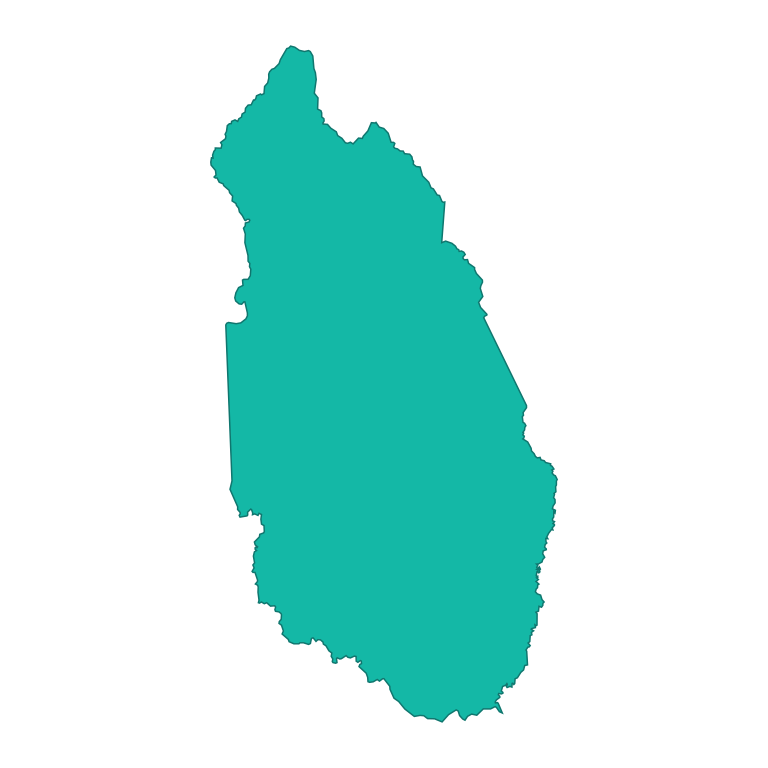 outline of Calobre, Veraguas, Panama
{"feature_id": "35544464B72055613867107", "entity_name": "Calobre", "entity_type": "district", "adm_level": 2, "iso_a3": "PAN", "parent_name": "Panama", "parent_adm1": "Veraguas", "projection": "natural_earth1", "projection_center": [-80.825, 8.387], "detail": "fine", "context": "isolated", "style": "filled", "palette": "teal", "viewbox_px": 768, "rotation_deg": 0, "n_neighbors": 0, "source": "geoboundaries", "source_scale": "gbopen_adm2", "svg_char_len": 6104}
<svg xmlns="http://www.w3.org/2000/svg" viewBox="0 0 768 768"><path d="M557.2,479.5L555.4,475.8L553.6,474.9L552.1,472.9L552.9,471.2L551.8,470.0L553.9,469.0L552.0,466.2L550.5,465.4L550.7,463.8L545.6,462.5L544.2,460.7L541.0,459.9L540.1,457.4L537.3,457.9L535.4,456.4L534.2,453.8L531.5,450.9L531.1,448.2L527.7,442.0L522.8,438.9L523.8,438.0L524.3,436.2L522.8,434.8L523.7,433.1L522.9,432.4L524.6,429.9L524.8,427.4L525.9,425.7L524.6,423.3L523.0,422.3L522.3,416.7L523.5,415.3L523.1,412.6L526.5,407.7L526.5,405.6L483.7,317.7L484.8,316.1L486.8,315.1L486.9,314.3L480.6,307.5L478.6,302.3L482.8,296.5L480.3,288.5L480.8,285.8L482.5,282.2L482.4,280.1L476.4,273.5L474.6,269.5L474.6,267.6L468.6,263.4L467.5,259.6L464.4,259.8L463.1,258.6L463.0,257.0L465.2,254.5L463.8,252.2L461.5,251.0L459.2,251.4L458.7,249.7L456.9,248.8L455.5,246.2L451.9,243.3L445.6,241.1L441.7,242.7L444.8,202.0L443.2,202.3L441.9,201.4L439.5,195.5L437.2,195.0L433.4,188.9L431.0,187.8L428.8,182.3L422.5,175.9L420.1,167.0L416.1,166.5L413.3,164.2L413.5,161.3L412.5,160.0L411.9,156.8L409.7,154.2L404.6,153.7L403.2,151.1L400.2,151.0L397.5,148.9L394.7,148.2L393.6,146.9L394.8,143.4L393.6,142.4L391.1,142.3L388.2,133.2L383.8,128.5L379.2,127.1L376.0,122.4L375.4,123.0L371.4,122.7L367.9,130.9L363.2,136.3L362.4,138.4L358.5,138.1L353.1,143.9L350.4,142.2L347.8,143.3L345.4,142.8L341.9,138.3L337.7,135.6L336.3,131.8L330.8,128.2L327.5,124.4L323.1,124.0L322.9,123.1L324.1,121.0L323.9,118.7L321.7,116.9L321.7,112.9L320.9,110.7L317.6,109.1L318.0,97.9L314.3,93.2L316.2,79.5L315.4,72.7L313.9,68.5L312.8,56.0L310.3,51.6L308.6,50.6L304.5,51.5L299.4,50.4L294.8,47.2L290.6,46.1L288.8,48.0L286.8,48.6L280.4,59.6L279.1,63.6L274.4,68.4L271.8,69.3L269.6,71.8L268.7,74.2L268.8,78.0L267.7,82.9L264.6,86.4L264.0,93.6L261.6,94.8L260.5,94.0L256.5,95.8L255.8,98.6L254.5,100.2L253.5,100.0L251.2,104.8L248.1,105.1L245.5,108.3L245.1,112.1L242.1,114.0L241.5,117.1L238.8,118.8L237.7,121.4L235.0,119.9L231.6,121.4L231.3,123.6L229.3,123.8L227.3,125.6L226.5,131.5L225.1,134.3L225.9,136.1L225.5,138.7L220.6,142.5L221.9,144.7L221.1,148.2L215.3,148.0L215.3,149.7L213.9,151.3L212.6,155.1L213.0,158.1L211.5,157.8L210.8,162.1L211.1,165.1L215.5,170.5L216.0,175.0L214.1,177.0L215.3,178.0L217.1,178.0L219.2,182.2L223.2,183.9L223.7,185.6L229.1,190.3L229.6,192.7L232.6,196.0L232.1,200.9L236.0,203.5L236.4,205.3L238.6,208.1L239.4,211.9L242.3,215.5L244.8,220.2L245.7,220.6L246.9,219.4L249.1,219.3L249.8,220.2L249.0,222.0L245.4,223.0L245.2,226.0L243.5,228.2L245.3,234.0L244.9,242.7L248.0,255.5L248.1,261.2L249.8,263.4L249.5,266.7L250.8,269.2L250.3,275.7L248.1,279.3L243.6,279.4L242.5,280.1L243.0,285.4L238.6,287.6L235.9,292.8L234.8,297.8L235.7,301.0L239.1,303.9L241.7,304.2L244.0,301.8L244.9,301.9L247.4,313.0L247.4,315.9L245.9,318.9L240.8,322.9L236.2,323.7L228.5,322.5L226.7,323.3L225.8,325.0L232.0,480.9L230.0,489.3L237.7,506.8L237.6,509.5L240.1,512.4L240.2,513.9L239.2,515.3L240.0,517.1L247.0,515.9L247.7,515.0L247.6,512.1L250.8,509.1L251.6,509.7L252.7,513.0L252.5,514.7L254.7,513.9L258.0,515.4L259.0,513.3L261.5,514.5L260.9,519.2L261.5,524.1L264.0,525.6L264.3,531.6L263.6,532.9L259.8,534.3L259.4,536.9L254.4,542.0L255.2,544.8L257.6,546.9L256.9,547.8L255.8,547.2L255.1,547.8L255.2,549.3L256.5,550.5L254.4,551.9L253.4,556.1L254.6,562.9L252.9,565.0L254.1,567.9L252.1,571.4L253.0,572.4L255.0,572.4L257.6,580.2L257.4,581.6L255.4,584.0L257.6,585.2L258.2,586.9L258.0,592.3L259.0,600.2L258.4,602.7L259.5,603.1L261.4,602.0L264.3,603.7L266.7,602.7L270.5,606.1L274.7,605.8L275.6,607.0L274.9,609.7L275.5,611.3L279.0,611.9L281.0,613.5L281.5,614.8L281.2,619.4L279.3,621.5L279.0,623.4L281.5,625.2L283.4,631.0L282.1,634.0L288.3,639.4L289.1,641.7L293.9,643.8L298.9,643.8L300.0,642.8L303.5,642.8L308.6,644.4L310.4,643.5L311.3,638.9L312.2,638.0L313.3,638.0L316.0,641.4L317.8,639.7L320.4,639.8L323.0,642.1L323.4,644.1L326.0,645.8L328.9,650.8L331.8,653.0L331.2,656.3L332.8,659.0L332.3,661.6L333.0,662.6L335.7,663.2L337.0,662.6L336.5,658.8L337.2,657.8L339.8,659.0L341.4,658.7L346.1,655.6L347.9,657.3L350.4,657.9L354.4,656.1L356.1,656.5L356.2,661.2L357.9,662.3L360.3,660.6L361.3,661.1L361.5,663.6L359.8,664.5L359.0,666.6L366.2,673.2L367.7,677.4L368.0,681.7L369.6,682.3L373.2,681.8L377.2,679.5L379.5,681.1L382.7,678.7L383.9,678.7L389.8,686.3L390.0,689.3L394.0,698.2L398.7,701.5L404.8,709.0L414.3,716.4L420.1,715.4L423.8,715.7L427.6,718.6L434.6,718.8L442.1,721.9L448.6,714.6L456.2,709.9L458.2,711.0L459.6,715.6L462.7,719.0L465.0,720.2L467.6,716.3L471.6,714.1L476.8,715.2L483.3,708.9L490.6,708.9L495.1,706.6L496.5,707.5L499.4,711.7L502.3,713.0L498.2,703.3L497.5,702.6L495.4,702.9L495.2,702.0L496.4,699.9L499.8,697.4L499.8,696.4L498.3,694.8L498.7,693.5L501.5,693.9L502.9,693.2L502.9,692.4L501.3,691.0L502.6,686.5L505.9,685.1L506.9,683.6L507.3,684.3L506.4,686.5L507.1,687.5L510.0,686.4L511.9,687.1L512.1,683.4L512.8,683.2L513.8,684.5L514.7,683.6L515.1,678.7L517.4,677.8L520.8,672.4L523.6,669.9L524.7,665.5L527.5,664.9L526.7,651.2L526.0,650.0L527.8,647.2L529.2,646.9L530.2,645.6L528.1,643.0L529.8,641.6L530.2,635.6L531.9,634.8L531.4,632.4L533.6,630.8L531.2,629.3L531.5,628.6L535.4,627.6L535.0,624.9L536.1,625.7L537.0,625.1L537.1,613.8L535.9,612.2L538.5,611.1L539.0,606.3L541.5,607.2L542.8,605.4L542.9,603.3L544.1,602.0L542.0,599.6L540.6,595.1L537.3,593.9L535.4,591.8L536.2,589.0L537.5,587.7L537.7,584.9L538.9,584.1L536.0,581.5L538.4,579.5L536.6,577.9L537.8,577.4L537.7,576.2L537.0,576.7L536.2,575.8L536.9,571.8L537.6,571.2L538.5,572.8L539.5,572.5L539.9,571.7L539.3,570.7L540.4,569.2L539.3,566.8L538.5,567.7L538.8,569.6L536.8,569.4L537.8,568.5L536.7,567.4L537.8,565.1L536.6,564.1L538.5,563.9L542.0,562.0L542.7,559.6L544.7,557.3L542.7,553.8L543.2,550.9L546.3,549.7L546.2,548.8L544.6,547.3L545.2,544.5L546.8,543.0L546.0,541.8L545.8,538.5L547.8,538.7L546.8,537.0L548.6,533.3L551.4,529.6L552.9,529.9L552.2,527.9L554.4,525.5L554.4,524.4L552.9,523.6L554.5,521.6L552.6,520.8L552.5,518.8L553.7,517.1L553.8,511.6L555.0,513.0L555.4,510.3L552.4,508.8L553.1,506.0L555.1,502.9L555.0,499.5L553.6,497.7L554.5,494.3L554.0,493.4L555.9,491.8L555.6,486.6L556.4,485.0L556.4,481.0L557.2,479.5Z" fill="#14b8a6" stroke="#0f766e" stroke-width="1.5"/></svg>